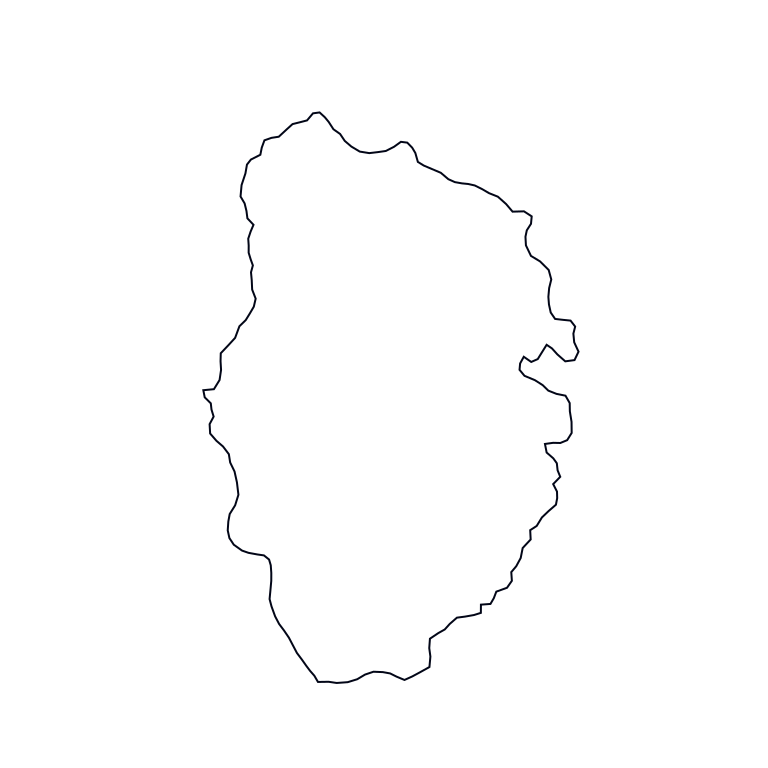 Pedrinópolis, Minas Gerais, Brazil, rotated 63°
{"feature_id": "56859067B59580364886114", "entity_name": "Pedrinópolis", "entity_type": "district", "adm_level": 2, "iso_a3": "BRA", "parent_name": "Brazil", "parent_adm1": "Minas Gerais", "projection": "orthographic", "projection_center": [-47.512, -19.19], "detail": "fine", "context": "isolated", "style": "outline", "palette": "ink", "viewbox_px": 768, "rotation_deg": 63, "n_neighbors": 0, "source": "geoboundaries", "source_scale": "gbopen_adm2", "svg_char_len": 2625}
<svg xmlns="http://www.w3.org/2000/svg" viewBox="0 0 768 768"><g transform="rotate(63 384 384)"><path d="M268.8,197.5L261.6,203.8L254.9,208.1L248.3,213.0L244.0,218.2L240.6,223.5L236.3,229.2L230.7,233.7L221.6,237.5L214.1,243.8L207.4,249.4L201.5,253.0L192.4,251.2L186.2,251.6L179.5,253.7L175.9,259.0L177.2,267.4L177.2,276.6L174.6,284.2L171.6,292.3L165.9,300.1L157.6,305.3L149.6,308.6L141.3,309.6L134.1,313.4L125.4,314.3L119.5,315.6L112.8,318.1L110.6,324.4L114.2,332.9L112.5,340.6L110.9,347.5L112.9,354.9L115.9,365.5L113.6,372.5L112.6,379.9L117.9,385.6L123.6,390.1L123.6,400.7L126.3,406.5L133.5,411.9L142.1,420.6L151.8,426.7L159.8,426.2L167.4,428.0L174.4,430.5L182.9,428.0L187.6,433.6L192.9,439.0L199.2,441.7L205.6,445.0L212.4,446.2L218.8,447.0L224.1,451.8L231.4,454.7L240.0,458.6L249.7,459.6L256.0,464.9L260.3,471.6L264.3,478.2L266.9,486.6L275.3,495.7L278.6,504.5L282.5,515.5L289.5,519.3L297.5,522.8L305.8,528.7L311.4,537.9L307.5,547.8L314.5,549.8L322.6,547.1L328.4,549.3L335.7,550.6L340.6,557.6L349.2,561.4L358.5,559.1L366.6,555.8L376.1,554.1L384.1,556.7L394.1,556.9L404.9,559.7L416.6,564.0L424.5,571.7L429.8,580.5L435.8,585.1L443.5,589.7L451.1,591.7L459.0,590.8L468.0,586.1L472.9,581.4L478.4,574.2L482.2,568.8L488.2,566.1L494.1,567.2L501.2,570.2L508.2,573.8L517.1,579.4L523.7,583.6L531.1,585.2L541.6,586.5L550.2,586.4L558.2,585.0L566.9,583.9L584.1,583.7L592.1,582.3L599.7,581.2L606.0,580.1L612.3,578.5L619.5,578.1L624.2,568.5L628.9,561.9L633.2,551.7L634.9,541.9L634.3,532.8L635.6,524.0L640.2,515.8L644.7,509.9L650.4,505.7L657.0,500.1L657.4,491.6L657.2,482.9L656.8,472.0L647.9,466.4L639.9,463.6L631.8,458.7L630.6,448.7L630.3,441.3L627.6,434.3L625.3,425.1L628.0,417.5L630.7,408.7L631.9,401.6L624.6,397.8L628.3,389.0L624.7,383.4L620.0,378.2L621.4,366.9L617.4,359.4L609.4,356.0L606.4,348.9L601.1,341.2L593.1,334.9L589.1,323.9L580.6,320.1L579.8,312.4L574.6,303.9L571.9,294.9L569.6,285.6L564.3,281.5L558.4,278.7L550.0,278.7L546.7,269.1L539.7,268.5L533.1,266.0L527.1,266.9L518.9,270.2L510.5,267.8L513.2,260.0L516.6,253.7L517.2,246.3L512.8,239.0L502.9,234.1L492.7,230.8L485.3,227.2L476.8,227.6L471.1,234.8L464.5,240.6L457.1,243.1L449.1,247.8L440.5,255.1L432.9,256.8L427.5,253.4L423.2,247.1L431.2,242.8L431.6,235.7L427.6,229.1L422.9,221.3L428.5,218.2L436.3,216.1L446.1,212.2L449.2,203.4L443.5,196.0L433.2,195.6L425.1,192.4L419.6,187.6L412.2,189.0L407.7,196.0L403.7,202.0L396.0,203.0L388.0,200.9L381.0,198.0L373.5,193.3L366.8,187.5L357.2,185.5L345.6,189.3L336.6,194.9L324.9,194.6L317.0,191.1L311.9,187.0L308.0,180.3L301.7,176.3L293.7,180.9L288.8,191.2L279.1,193.5L268.8,197.5Z" fill="none" stroke="#020617" stroke-width="2"/></g></svg>